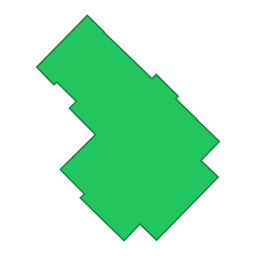 Carlos Casares, Buenos Aires, Argentina (orthographic projection)
{"feature_id": "61730980B52662416903271", "entity_name": "Carlos Casares", "entity_type": "district", "adm_level": 2, "iso_a3": "ARG", "parent_name": "Argentina", "parent_adm1": "Buenos Aires", "projection": "orthographic", "projection_center": [-61.387, -35.725], "detail": "fine", "context": "isolated", "style": "filled", "palette": "green", "viewbox_px": 256, "rotation_deg": 0, "n_neighbors": 0, "source": "geoboundaries", "source_scale": "gbopen_adm2", "svg_char_len": 446}
<svg xmlns="http://www.w3.org/2000/svg" viewBox="0 0 256 256"><path d="M218.1,177.1L200.9,160.6L219.3,141.4L197.3,120.2L197.6,120.1L175.8,98.8L178.2,96.3L156.2,74.4L152.0,78.7L103.9,32.4L104.2,32.1L87.3,15.4L36.7,67.1L52.8,83.7L54.1,84.8L56.7,82.1L76.4,101.3L69.4,108.3L95.5,134.6L60.3,169.5L84.6,194.2L80.3,197.9L107.5,224.6L113.0,229.9L124.1,240.6L139.8,224.0L156.5,240.2L218.1,177.1Z" fill="#22c55e" stroke="#15803d" stroke-width="1.5"/></svg>